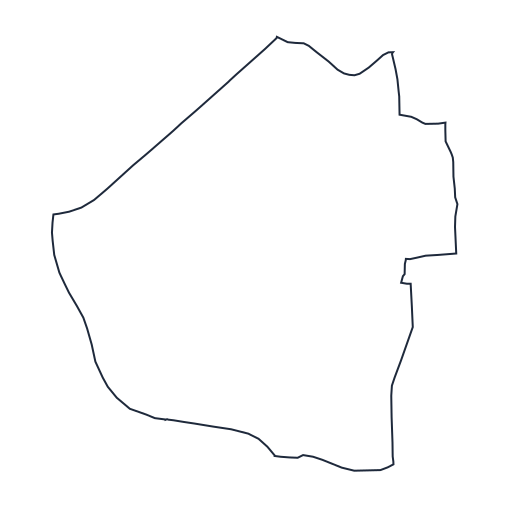 Ajeromi/Ifelodun, Lagos, Nigeria (Natural Earth projection), rotated 358°
{"feature_id": "59680162B51331479839153", "entity_name": "Ajeromi/Ifelodun", "entity_type": "district", "adm_level": 2, "iso_a3": "NGA", "parent_name": "Nigeria", "parent_adm1": "Lagos", "projection": "natural_earth1", "projection_center": [3.339, 6.456], "detail": "fine", "context": "isolated", "style": "outline", "palette": "slate", "viewbox_px": 512, "rotation_deg": 358, "n_neighbors": 0, "source": "geoboundaries", "source_scale": "gbopen_adm2", "svg_char_len": 1732}
<svg xmlns="http://www.w3.org/2000/svg" viewBox="0 0 512 512"><g transform="rotate(358 256 256)"><path d="M284.5,37.7L284.1,39.0L278.4,44.0L271.9,49.7L243.0,73.6L236.3,79.3L234.5,81.0L201.2,108.6L186.1,120.7L177.4,128.2L151.0,149.6L136.2,161.2L109.7,183.6L96.2,194.3L83.2,201.5L70.8,205.2L60.3,206.9L55.0,207.4L54.8,208.7L53.8,215.7L52.9,225.5L53.3,233.6L54.4,247.9L58.9,265.7L60.7,270.0L60.9,270.4L63.7,276.9L67.8,286.1L75.4,300.0L81.3,311.6L84.7,322.6L88.7,338.7L90.9,351.0L91.0,351.6L91.8,356.0L98.6,372.2L103.3,381.5L111.9,392.8L124.6,404.3L140.9,410.7L149.2,414.5L159.6,416.2L159.7,416.6L161.4,416.0L162.7,416.5L167.9,417.3L177.9,419.3L188.7,421.3L207.3,425.0L225.1,428.3L242.2,433.3L244.3,434.5L252.2,438.8L260.8,447.1L267.8,456.1L267.7,456.5L273.6,457.5L282.7,458.5L290.6,459.1L296.1,456.6L306.0,458.6L315.2,462.0L334.3,470.5L346.7,474.0L372.9,474.3L380.3,471.8L386.1,469.0L386.1,466.4L385.6,461.1L385.9,447.3L385.9,421.8L386.3,400.4L387.3,390.3L390.3,382.3L397.3,365.4L410.2,332.5L410.0,312.3L409.6,289.1L405.9,289.0L400.1,287.8L402.1,281.3L403.9,279.3L404.5,269.1L405.5,265.5L405.7,264.1L409.8,264.5L416.6,263.3L425.6,261.6L437.7,261.3L456.2,260.5L455.9,233.9L456.6,223.4L459.1,211.2L457.1,204.3L457.0,195.6L456.1,183.6L456.4,169.0L456.1,164.5L455.1,161.2L454.2,158.8L449.5,148.1L449.6,137.2L449.8,131.1L450.0,129.3L442.7,130.1L429.9,129.9L426.9,128.5L421.4,124.9L416.0,122.3L404.4,119.8L404.7,101.6L404.3,96.5L403.5,84.3L402.0,74.2L399.6,62.1L399.0,59.2L399.3,57.9L400.0,57.1L395.5,57.1L390.0,59.6L383.9,64.7L375.3,71.6L369.1,75.5L365.9,77.5L360.7,78.8L355.6,78.2L350.3,76.6L344.0,72.6L335.4,64.2L323.2,54.0L316.1,47.8L311.1,45.1L302.6,44.4L295.1,43.4L284.5,37.7Z" fill="none" stroke="#1e293b" stroke-width="2"/></g></svg>